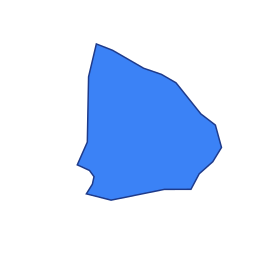 map outline of Ascension (Albers equal-area conic projection), rotated 234°
{"feature_id": "SHN-4863", "entity_name": "Ascension", "entity_type": "state/province", "adm_level": 1, "iso_a3": "SHN", "parent_name": "Saint Helena", "parent_adm1": "", "projection": "albers", "projection_center": [-14.366, -7.929], "detail": "fine", "context": "isolated", "style": "filled", "palette": "blue", "viewbox_px": 256, "rotation_deg": 234, "n_neighbors": 0, "source": "natural_earth", "source_scale": "10m", "svg_char_len": 406}
<svg xmlns="http://www.w3.org/2000/svg" viewBox="0 0 256 256"><g transform="rotate(234 128 128)"><path d="M128.0,65.3L140.5,86.8L192.6,126.2L214.6,151.8L199.9,161.2L167.1,175.8L151.7,186.6L136.3,193.4L96.6,195.2L79.0,200.4L57.3,192.2L50.9,176.8L49.1,158.7L41.4,142.9L57.0,121.3L79.6,71.9L99.2,55.6L103.5,66.2L108.6,71.9L116.3,71.9L128.0,65.3Z" fill="#3b82f6" stroke="#1e3a8a" stroke-width="1.5"/></g></svg>